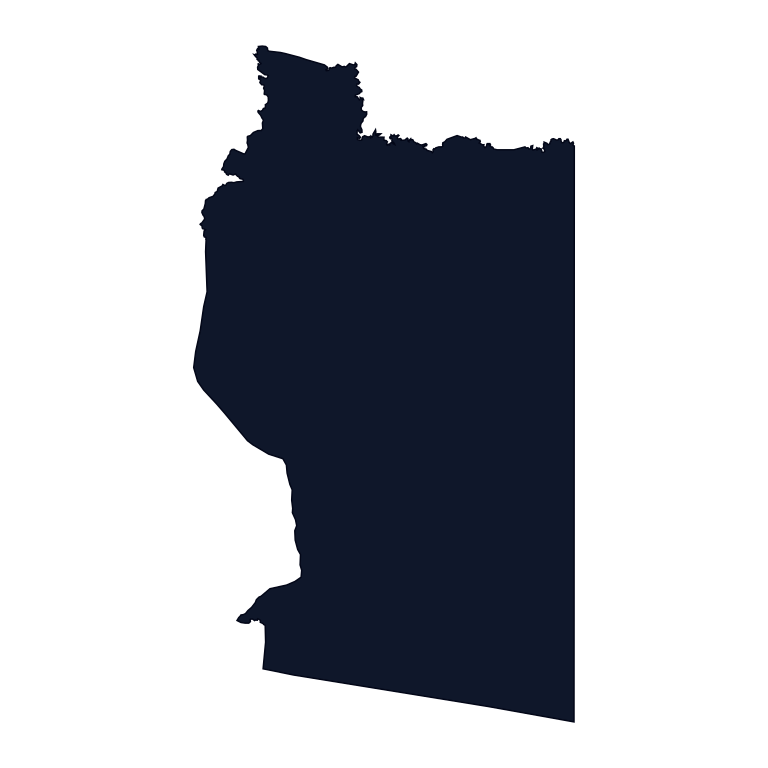 Pegunungan Bintang, Papua, Indonesia (Natural Earth projection)
{"feature_id": "22746128B40289792856685", "entity_name": "Pegunungan Bintang", "entity_type": "district", "adm_level": 2, "iso_a3": "IDN", "parent_name": "Indonesia", "parent_adm1": "Papua", "projection": "natural_earth1", "projection_center": [140.263, -4.495], "detail": "fine", "context": "isolated", "style": "filled", "palette": "ink", "viewbox_px": 768, "rotation_deg": 0, "n_neighbors": 0, "source": "geoboundaries", "source_scale": "gbopen_adm2", "svg_char_len": 6011}
<svg xmlns="http://www.w3.org/2000/svg" viewBox="0 0 768 768"><path d="M574.0,721.9L574.3,146.0L572.9,145.1L573.5,143.2L572.9,141.9L570.4,143.6L569.2,142.4L568.0,139.2L567.0,139.2L566.3,140.4L565.3,140.9L564.4,140.7L563.8,142.5L562.0,142.8L560.9,141.0L561.1,140.0L560.3,138.7L558.9,138.7L558.0,139.8L556.9,140.2L553.5,138.7L552.0,139.0L550.9,140.0L551.2,141.0L550.3,142.0L549.6,144.0L548.0,144.7L546.9,143.3L544.1,142.1L544.1,143.3L543.5,144.1L543.9,145.2L543.6,146.0L543.9,146.9L542.9,148.2L544.2,149.1L544.9,151.5L543.7,152.3L542.1,152.3L541.0,148.8L539.9,148.9L539.1,148.1L538.3,149.3L537.3,149.8L537.6,148.2L536.8,147.7L536.2,149.1L533.0,150.1L532.3,149.1L532.7,145.6L530.9,146.2L530.5,148.8L529.0,149.0L528.0,147.7L526.1,148.0L525.0,146.9L513.9,149.8L497.2,149.8L493.6,149.0L493.2,147.9L492.3,147.0L491.6,147.3L491.0,146.5L489.9,145.8L490.5,144.9L489.9,143.6L488.1,143.6L488.6,144.4L486.9,144.1L486.5,146.3L484.9,147.7L483.6,146.0L483.9,144.7L482.5,144.8L479.2,143.0L480.0,142.2L480.3,141.4L479.9,140.3L478.6,140.1L477.5,139.3L476.7,139.4L476.0,137.8L475.1,138.4L470.4,139.7L465.6,137.0L465.0,138.1L463.7,138.0L462.7,137.0L461.5,137.1L457.1,135.6L447.0,139.3L444.7,141.9L442.9,142.7L442.6,144.4L442.9,146.0L441.9,146.9L438.8,146.9L435.7,147.9L434.8,149.0L433.8,148.7L433.0,149.9L433.3,151.6L432.3,152.7L431.5,151.6L427.1,150.4L426.3,149.2L423.7,148.5L423.0,146.7L424.8,146.7L424.6,145.5L426.5,145.7L426.9,144.5L425.9,143.6L421.9,145.0L420.0,144.7L417.4,143.2L416.7,143.9L415.9,142.8L413.8,141.8L412.9,139.9L411.8,139.5L410.9,139.9L410.7,138.8L409.6,139.9L409.0,141.8L408.1,141.1L408.0,138.9L407.2,138.1L404.6,140.2L401.1,140.3L401.3,139.4L400.6,138.6L398.0,139.0L397.2,138.1L397.9,136.5L398.9,135.5L398.1,134.9L397.1,135.8L395.1,136.0L394.1,134.7L393.1,136.0L391.0,134.8L390.9,136.3L390.0,136.8L389.7,137.8L390.4,138.7L391.3,137.9L392.0,138.7L391.9,140.9L394.3,143.3L394.8,144.6L392.8,143.5L391.9,142.2L389.9,143.6L389.7,144.9L388.2,144.2L387.6,145.2L386.6,144.7L386.7,143.0L387.4,141.8L386.2,140.6L384.2,140.3L383.8,138.9L384.0,137.2L378.5,137.1L377.0,135.7L379.5,135.0L380.8,133.8L377.1,133.8L375.6,134.8L375.8,131.7L375.5,129.8L373.0,134.1L373.0,135.7L372.2,137.1L370.9,136.0L370.6,137.8L369.3,136.6L368.2,137.1L364.6,135.7L362.6,136.8L361.6,140.2L359.3,140.3L357.4,139.5L357.4,137.7L359.6,138.5L360.4,137.3L359.2,135.7L357.0,134.1L357.1,131.2L357.7,129.8L360.2,132.9L362.0,132.3L361.9,129.8L360.5,126.8L360.6,125.0L361.1,123.3L363.0,120.9L363.0,119.4L364.0,117.5L365.5,116.6L366.7,114.2L366.6,111.8L365.0,112.0L363.0,111.4L361.5,110.2L361.1,107.6L362.7,105.5L362.5,103.4L362.8,101.1L362.3,99.6L363.5,99.7L362.8,98.1L361.5,98.1L360.2,97.5L360.4,98.7L359.3,99.9L357.2,96.8L355.2,96.7L355.3,95.2L359.5,93.5L360.2,92.3L361.8,91.6L361.7,90.0L360.3,89.1L359.2,87.4L357.5,86.7L356.6,85.6L357.2,83.8L358.6,84.1L359.9,82.3L358.9,81.5L358.2,79.8L354.6,78.0L354.9,76.4L356.1,76.2L358.5,72.1L356.0,69.3L354.8,68.9L354.8,67.6L356.6,66.6L356.9,64.6L355.3,62.9L354.8,64.7L353.3,64.9L349.4,63.6L346.3,66.7L345.3,67.0L344.3,66.4L342.1,66.9L337.9,64.4L336.3,65.7L335.6,67.3L333.9,67.3L331.1,68.2L330.3,67.7L329.5,68.0L329.2,69.6L328.5,70.4L326.3,70.7L325.9,69.7L327.0,69.3L327.7,68.4L327.4,67.2L324.4,64.9L306.1,59.6L299.5,57.3L285.0,53.5L280.4,52.5L269.0,51.2L268.0,50.7L267.6,49.7L267.4,48.0L265.7,46.5L262.2,46.1L258.4,46.5L259.1,49.3L258.7,49.4L257.6,48.6L256.7,50.3L257.4,52.1L257.2,53.3L257.5,54.3L256.5,54.5L255.8,54.1L255.2,54.9L254.1,54.6L255.8,56.8L257.1,57.7L257.1,59.4L257.9,59.7L258.3,60.8L259.1,61.0L259.6,62.3L261.0,63.3L260.9,63.8L260.4,64.2L259.4,64.4L258.5,63.8L258.1,64.0L258.5,65.1L257.6,67.2L257.8,69.5L264.8,74.7L266.9,74.9L268.3,75.6L267.2,78.1L266.1,78.5L264.6,78.3L262.9,77.1L261.7,77.2L260.4,77.8L260.3,77.3L261.0,76.2L259.0,75.9L258.7,76.1L258.7,78.8L259.1,79.2L259.8,79.2L260.6,80.4L259.9,82.6L261.8,84.8L263.5,84.8L264.1,85.4L264.2,86.6L263.6,88.1L264.6,90.5L264.2,94.1L264.7,94.5L266.5,94.7L268.2,96.8L268.4,100.2L268.0,102.2L267.6,103.1L265.3,104.8L265.5,105.8L265.2,108.0L263.4,108.5L262.4,110.4L261.0,111.2L260.1,111.3L258.4,110.5L257.9,111.1L258.2,112.4L260.7,115.3L262.0,118.1L263.3,119.8L263.2,120.9L262.4,123.0L262.8,128.6L261.3,130.5L257.9,130.6L253.4,132.5L250.4,135.6L247.8,136.3L247.3,136.9L247.5,140.2L247.1,143.0L247.7,144.2L248.4,147.4L245.1,153.7L244.0,154.0L235.7,150.4L234.0,149.3L231.8,149.6L230.3,151.4L229.8,154.3L228.4,155.6L227.0,159.0L224.8,161.3L223.8,164.0L223.6,166.5L222.0,168.9L221.8,169.7L224.0,170.2L224.5,170.8L224.6,171.9L225.8,172.7L226.6,174.3L228.2,175.2L229.4,173.8L233.1,175.0L235.7,173.9L236.1,174.8L237.6,176.3L239.1,176.8L239.1,177.5L240.0,178.6L242.8,179.2L243.2,179.6L243.4,181.4L236.7,181.9L233.9,182.7L231.4,182.3L228.5,182.5L226.8,183.4L225.8,185.2L224.9,185.5L222.9,184.5L222.2,185.9L218.1,188.1L217.2,191.5L215.2,192.5L214.9,194.0L213.0,196.4L209.1,197.7L207.0,199.6L206.3,199.4L205.5,200.7L205.3,203.6L203.9,209.0L202.1,210.8L201.9,212.5L203.1,215.2L204.2,216.5L204.7,219.0L201.7,223.1L200.8,223.5L200.1,224.3L200.5,224.8L201.9,225.6L202.3,228.1L202.7,228.7L204.4,229.1L205.5,229.8L204.1,231.0L203.7,235.4L204.3,236.9L205.8,237.3L206.1,238.1L205.8,239.2L206.1,239.8L205.6,251.6L207.1,291.8L203.7,306.7L200.2,330.9L195.7,351.5L193.7,367.6L197.7,381.4L203.7,390.0L216.5,403.8L224.3,412.8L247.5,440.7L252.9,444.8L268.8,454.2L282.9,458.7L286.4,465.0L287.1,473.1L289.9,484.4L292.2,489.8L291.7,500.1L292.7,508.4L292.4,512.7L295.5,519.6L296.7,525.7L294.8,530.7L295.2,540.1L297.7,549.5L300.5,554.5L300.1,564.9L301.7,570.3L301.1,577.2L294.9,581.5L286.5,585.1L270.0,588.7L261.0,596.3L259.0,597.1L257.9,598.2L256.4,599.7L255.3,602.6L251.6,607.4L248.0,610.5L245.5,613.6L243.4,614.6L240.9,615.0L240.0,616.4L238.8,617.5L237.0,620.5L241.0,622.5L245.0,623.1L248.8,623.1L250.4,621.6L250.1,619.8L250.5,619.2L252.5,619.0L254.6,620.6L255.5,620.0L257.3,620.2L257.6,618.9L257.9,618.7L260.4,620.3L260.3,622.3L263.0,623.5L263.7,624.5L265.2,625.3L265.6,642.2L263.1,668.8L293.6,675.0L488.2,706.5L574.0,721.9Z" fill="#0f172a" stroke="#020617" stroke-width="1.5"/></svg>